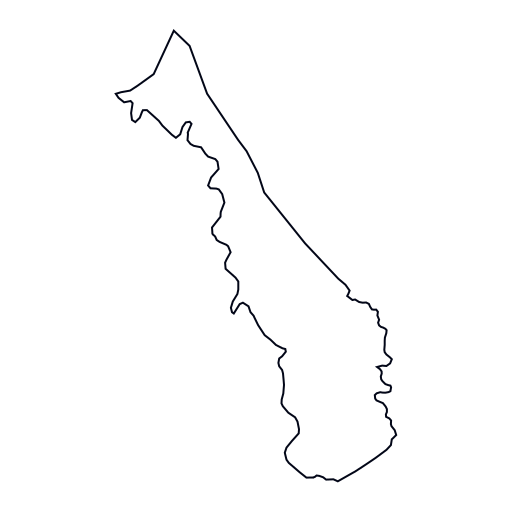 outline of As Suki, Sennar, Sudan
{"feature_id": "16777658B86319641369334", "entity_name": "As Suki", "entity_type": "district", "adm_level": 2, "iso_a3": "SDN", "parent_name": "Sudan", "parent_adm1": "Sennar", "projection": "robinson", "projection_center": [34.157, 12.992], "detail": "fine", "context": "isolated", "style": "outline", "palette": "ink", "viewbox_px": 512, "rotation_deg": 0, "n_neighbors": 0, "source": "geoboundaries", "source_scale": "gbopen_adm2", "svg_char_len": 2626}
<svg xmlns="http://www.w3.org/2000/svg" viewBox="0 0 512 512"><path d="M313.1,477.5L313.1,477.4L314.3,477.1L314.7,477.0L316.6,475.5L319.3,475.9L323.2,477.3L326.1,479.6L328.9,479.5L333.4,479.3L337.8,481.3L338.0,481.2L352.8,472.8L355.0,471.6L365.7,464.6L370.6,461.3L375.6,457.9L386.5,449.8L390.9,445.1L391.8,439.3L392.9,438.3L396.2,435.0L394.7,430.2L391.5,426.2L390.9,424.1L391.1,420.5L389.3,418.4L386.1,416.8L385.9,414.4L386.9,412.0L386.9,409.1L385.7,406.6L382.9,403.1L379.7,401.8L376.5,400.4L375.2,398.6L374.8,395.1L376.7,393.3L380.2,392.2L382.5,392.6L385.4,392.7L388.6,392.1L390.4,391.2L391.1,387.3L390.4,385.6L388.2,385.1L385.4,384.1L382.5,381.2L381.2,379.3L380.8,376.5L381.7,373.6L381.6,371.4L380.0,369.2L377.1,367.0L382.2,365.6L386.4,366.0L390.1,363.4L391.8,359.2L389.9,357.3L386.4,354.5L384.7,352.2L384.3,349.8L384.7,344.9L384.7,340.7L384.9,337.6L386.3,333.2L386.6,330.2L385.4,328.8L383.2,327.6L381.0,326.9L379.1,325.4L378.1,322.7L379.1,319.7L377.4,315.5L377.9,311.8L376.2,309.6L373.9,309.7L371.9,309.4L370.1,306.7L368.9,303.9L366.1,302.5L362.6,302.7L359.1,302.0L355.1,299.5L352.4,300.0L347.2,296.0L348.4,293.7L349.6,290.6L345.5,284.8L338.3,278.7L305.1,243.4L267.5,196.6L264.2,192.5L257.8,172.9L246.6,151.2L238.1,139.9L207.1,93.7L189.6,45.9L173.8,30.7L153.7,74.1L137.6,85.7L130.1,90.6L121.1,92.2L115.8,93.8L118.5,97.8L124.1,102.3L130.6,101.0L132.6,103.2L131.1,113.1L132.0,119.9L135.3,122.1L139.8,117.7L141.9,112.2L142.9,110.2L146.9,110.1L158.9,120.9L162.4,125.6L171.8,134.7L175.9,137.8L180.2,134.3L182.5,127.0L185.8,122.4L189.7,121.8L191.5,123.9L187.7,132.7L188.0,133.9L187.5,140.2L190.5,144.0L193.7,145.8L201.1,147.3L205.3,153.6L208.1,156.6L215.3,159.1L217.5,161.7L218.6,169.0L211.1,177.5L208.1,185.5L210.5,188.3L216.4,188.6L218.8,189.4L222.2,194.1L224.4,202.6L220.8,211.8L220.6,213.5L220.5,216.7L212.0,227.5L212.3,231.6L212.4,233.7L213.3,234.9L214.4,235.7L215.3,236.8L216.7,240.0L219.6,241.9L226.4,244.8L228.1,246.2L230.6,252.2L226.4,259.8L225.1,262.7L225.6,268.8L228.4,271.3L235.5,277.6L238.3,281.5L238.3,289.5L237.4,294.0L232.8,301.5L230.9,307.8L232.0,312.2L233.8,313.5L239.7,304.1L242.9,302.7L248.5,306.3L250.5,312.2L253.6,315.7L254.4,317.5L258.1,325.1L264.7,335.2L270.4,339.6L276.0,345.0L282.5,348.3L285.3,349.0L285.8,351.7L282.1,356.3L279.2,358.5L278.4,362.9L279.2,366.3L282.1,370.0L283.0,373.4L283.6,380.0L284.0,384.9L283.3,393.5L281.7,399.5L281.5,403.4L282.8,406.2L288.3,412.7L295.1,417.3L297.5,421.6L299.0,429.2L298.7,433.4L291.9,441.0L286.5,447.6L284.8,452.7L285.7,456.5L286.5,459.7L288.8,462.9L299.6,472.2L306.4,477.6L312.6,477.5L312.9,477.5L313.1,477.5Z" fill="none" stroke="#020617" stroke-width="2"/></svg>